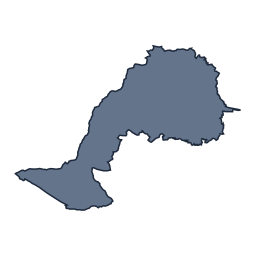 Poieni, Cluj, Romania (Natural Earth projection)
{"feature_id": "2599482B79403381618671", "entity_name": "Poieni", "entity_type": "district", "adm_level": 2, "iso_a3": "ROU", "parent_name": "Romania", "parent_adm1": "Cluj", "projection": "natural_earth1", "projection_center": [22.871, 46.852], "detail": "fine", "context": "isolated", "style": "filled", "palette": "slate", "viewbox_px": 256, "rotation_deg": 0, "n_neighbors": 0, "source": "geoboundaries", "source_scale": "gbopen_adm2", "svg_char_len": 5863}
<svg xmlns="http://www.w3.org/2000/svg" viewBox="0 0 256 256"><path d="M66.3,208.4L68.4,208.5L69.7,209.1L74.5,209.0L76.9,209.8L79.1,209.7L81.7,210.1L84.7,210.0L87.6,208.6L89.2,208.2L90.7,206.7L92.0,206.1L94.5,205.8L96.9,206.6L98.0,207.6L98.5,207.7L99.8,206.4L101.6,206.9L103.3,205.7L105.0,206.1L107.9,205.3L108.8,204.5L111.1,203.6L111.5,202.2L112.9,201.1L111.9,199.3L110.8,198.1L108.0,196.7L106.1,193.6L106.0,192.8L104.9,190.8L102.9,189.6L100.7,186.6L99.8,185.0L99.8,183.5L98.7,182.8L97.9,181.7L97.1,181.7L95.2,180.7L93.8,178.8L93.2,177.0L93.3,175.8L91.8,171.5L92.2,169.2L92.1,168.2L93.5,167.7L97.4,169.4L103.6,170.8L107.0,170.8L110.5,170.1L110.1,168.6L109.7,165.5L108.8,163.4L107.8,162.5L107.6,162.0L109.3,161.4L110.5,160.3L112.3,159.5L112.8,158.9L112.1,157.4L111.9,156.5L112.1,155.9L112.8,155.1L113.4,153.8L113.4,152.8L113.0,152.1L116.0,151.7L118.0,150.1L118.0,149.3L118.5,148.5L118.5,147.2L119.8,143.7L119.8,142.3L121.7,139.8L121.2,139.6L120.0,139.8L117.5,137.9L118.3,137.4L118.8,136.2L119.8,135.2L122.2,135.6L126.0,135.7L126.5,135.1L126.7,133.9L126.6,133.0L126.2,132.4L126.3,131.9L127.9,130.5L128.3,129.8L130.0,130.4L133.0,133.0L134.7,133.6L134.8,134.0L137.1,135.1L139.0,134.8L139.0,133.9L139.4,133.0L140.4,132.4L142.0,132.3L142.3,131.8L142.2,130.9L142.5,131.0L143.1,131.5L143.6,132.5L145.3,133.7L147.3,134.0L148.6,136.0L149.8,136.7L149.9,137.2L149.4,137.8L149.0,138.9L148.0,140.1L149.5,141.4L150.9,142.1L151.4,142.1L152.6,141.2L156.1,138.2L159.0,137.3L159.8,134.9L161.1,133.9L161.9,133.8L162.6,134.0L164.1,135.7L162.7,136.4L162.9,136.7L162.7,137.0L162.7,137.6L163.0,137.7L163.0,139.7L163.3,140.0L167.5,139.7L168.4,138.6L168.4,138.1L172.0,137.7L175.8,138.0L174.8,138.4L172.9,138.2L173.3,138.6L174.3,138.5L175.0,139.3L175.4,139.3L177.9,139.2L178.6,139.0L179.0,138.6L179.6,138.6L180.7,139.0L182.1,140.3L183.1,140.3L184.4,140.9L184.8,140.4L185.1,140.8L186.2,140.1L186.6,140.3L185.3,141.0L185.6,141.5L186.8,141.7L187.7,140.7L187.8,141.9L188.1,142.8L189.0,142.4L189.5,142.4L189.5,142.8L190.6,142.8L191.1,143.4L191.4,144.5L192.1,145.2L193.1,144.9L194.1,143.9L194.3,144.7L194.7,144.7L195.0,145.3L195.9,145.1L195.8,144.6L196.8,144.5L197.0,144.5L196.9,145.2L197.5,145.3L199.0,145.1L198.9,145.4L199.1,145.2L199.1,144.6L200.8,144.0L201.2,145.0L201.4,145.0L201.5,144.0L201.8,143.5L201.6,143.0L202.3,142.3L201.4,141.1L201.5,140.2L202.0,139.4L201.9,138.8L203.3,138.9L203.6,139.6L206.5,139.6L206.8,139.9L205.2,141.1L205.0,142.5L206.8,142.8L207.8,142.2L208.3,141.4L211.8,139.6L212.3,138.5L213.6,138.3L215.7,139.5L216.1,140.3L216.5,140.1L218.0,138.9L218.2,137.4L219.9,135.0L220.2,133.6L222.4,134.2L223.6,133.9L222.7,132.4L222.3,131.3L222.8,130.3L223.1,128.5L223.5,128.1L223.3,127.7L223.6,127.0L223.4,126.4L223.7,125.6L223.6,124.7L222.9,124.5L223.1,124.4L223.1,123.3L222.5,123.8L221.5,123.2L221.7,121.9L221.5,121.7L221.2,119.3L219.9,118.2L220.7,117.7L222.0,117.5L221.8,115.4L222.3,115.7L223.2,115.1L222.7,111.2L224.3,111.2L224.9,111.6L232.6,111.7L233.0,109.3L236.9,110.2L238.8,110.4L239.2,110.1L240.6,110.3L239.1,109.6L228.4,107.6L225.4,106.4L226.1,105.7L225.6,104.5L224.6,104.4L224.7,104.1L224.0,103.7L224.2,103.3L223.7,102.4L223.8,101.9L223.2,101.7L223.3,101.4L219.9,98.4L220.1,97.8L219.0,95.3L218.6,95.3L218.6,94.9L217.6,94.3L217.9,94.0L217.1,92.8L217.6,91.7L216.8,89.7L217.1,88.1L216.3,87.0L215.8,86.9L215.6,86.5L216.3,85.4L216.4,84.3L217.0,84.1L217.3,83.5L217.0,82.5L216.9,80.8L216.3,80.6L215.9,80.0L216.1,78.5L217.1,76.8L217.9,76.2L219.3,73.2L217.2,71.9L216.4,71.2L215.5,71.3L214.7,70.9L214.6,69.8L215.5,68.4L215.4,67.9L213.9,67.0L212.2,65.1L212.0,64.4L210.9,64.3L209.9,64.7L207.6,64.6L207.7,64.2L207.4,64.3L207.9,62.9L206.2,62.8L206.5,61.4L206.3,61.1L205.8,61.0L205.7,59.8L204.2,59.8L204.4,59.4L205.5,58.7L205.3,58.6L205.5,58.2L204.5,57.7L204.4,57.1L203.9,57.1L203.0,57.5L202.3,57.3L201.5,57.6L199.8,56.8L199.5,55.1L198.8,55.1L197.4,56.6L196.3,58.3L194.9,56.9L195.6,54.0L194.3,50.8L191.2,48.8L191.4,48.3L190.6,48.6L189.8,48.4L187.8,50.2L185.9,50.0L184.9,49.5L182.7,49.0L179.9,49.5L177.6,49.2L176.8,49.6L176.1,50.6L175.5,50.5L173.4,51.2L172.9,50.9L171.3,51.0L170.6,50.2L169.2,50.2L166.3,50.6L164.6,51.2L164.1,50.9L163.7,49.5L162.2,48.5L161.7,47.5L161.6,46.5L158.9,47.1L153.2,45.9L153.7,47.3L153.5,48.8L152.7,49.4L152.6,49.9L152.2,50.3L150.9,50.0L148.9,51.1L147.3,51.0L149.2,54.0L149.9,54.5L150.2,55.9L147.5,56.7L145.6,57.9L146.1,58.1L146.2,58.4L147.0,59.1L147.4,60.1L146.9,60.9L146.8,62.6L146.4,63.8L145.1,64.7L142.1,65.3L138.8,64.5L135.6,64.0L135.1,64.1L134.1,65.4L133.7,67.6L129.2,68.6L127.7,69.6L127.3,72.6L126.2,75.6L126.0,76.9L126.2,78.2L125.4,78.8L124.2,79.4L123.9,79.9L123.8,81.8L123.3,83.5L122.8,84.1L123.2,84.9L122.3,87.1L121.8,87.5L121.3,88.6L119.8,89.6L118.9,89.7L117.3,90.9L115.0,91.5L113.9,91.0L111.9,90.9L110.3,91.7L109.3,93.0L109.2,93.4L108.2,94.2L107.3,96.5L105.4,97.3L104.5,98.3L102.3,99.5L102.1,100.2L102.3,101.3L100.4,103.0L98.9,106.2L94.6,107.5L94.3,109.0L93.4,110.2L92.5,112.7L92.6,115.5L91.4,117.0L91.3,118.3L90.8,119.4L89.7,120.8L88.9,123.3L88.9,123.9L89.5,124.4L89.4,125.8L88.8,128.0L88.8,129.5L88.4,130.2L88.4,130.7L88.9,131.2L88.8,131.9L87.2,135.0L85.8,135.5L85.2,136.0L83.7,138.6L83.7,139.0L82.8,139.7L81.5,143.1L80.3,144.1L79.7,146.8L78.9,148.1L78.9,149.2L77.8,152.1L77.8,155.1L76.4,158.7L75.8,159.5L74.5,160.1L70.4,160.6L69.9,161.1L69.1,161.2L68.6,162.4L67.2,163.8L65.3,162.2L64.1,163.7L62.9,164.8L61.6,167.6L60.7,168.5L56.4,169.2L51.0,168.6L48.7,169.0L46.6,169.8L45.3,169.4L43.6,169.4L39.6,168.5L37.6,168.9L33.8,169.1L29.4,168.8L25.1,170.9L24.3,170.9L23.5,170.3L21.9,170.3L17.8,172.5L16.3,173.0L15.4,173.7L19.3,176.9L19.4,178.2L19.9,178.9L21.7,179.4L23.2,180.5L23.7,180.5L24.7,179.9L24.8,179.0L26.5,179.7L27.8,180.7L30.6,182.1L32.0,183.3L35.3,184.9L39.1,187.2L47.2,193.1L60.5,201.6L66.8,204.9L65.9,205.0L66.0,205.1L65.5,205.5L66.4,205.9L66.3,206.5L65.9,206.9L66.2,207.4L66.3,208.4Z" fill="#64748b" stroke="#1e293b" stroke-width="1.5"/></svg>